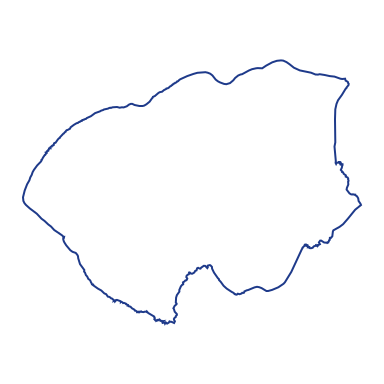 the district of Sumba Barat Daya, Nusa Tenggara Timur, Indonesia
{"feature_id": "22746128B80160169684098", "entity_name": "Sumba Barat Daya", "entity_type": "district", "adm_level": 2, "iso_a3": "IDN", "parent_name": "Indonesia", "parent_adm1": "Nusa Tenggara Timur", "projection": "albers", "projection_center": [119.172, -9.544], "detail": "fine", "context": "isolated", "style": "outline", "palette": "blue", "viewbox_px": 384, "rotation_deg": 0, "n_neighbors": 0, "source": "geoboundaries", "source_scale": "gbopen_adm2", "svg_char_len": 5934}
<svg xmlns="http://www.w3.org/2000/svg" viewBox="0 0 384 384"><path d="M345.1,78.7L342.2,79.0L340.4,78.7L334.5,76.6L329.8,76.1L324.7,75.0L319.7,74.2L318.0,74.6L315.5,74.5L311.0,72.7L299.8,70.4L293.9,67.7L289.5,64.2L286.5,62.1L283.2,60.6L281.0,60.4L276.9,60.8L272.3,62.3L266.2,65.6L262.2,68.3L257.6,68.1L256.0,68.3L252.0,69.2L248.9,70.5L242.1,74.2L240.5,74.5L238.2,75.5L235.1,78.0L233.3,80.3L230.0,83.1L226.3,84.2L224.0,83.9L220.0,82.4L217.9,81.3L215.7,79.6L212.4,75.4L210.2,73.7L207.7,72.7L205.4,72.2L197.4,72.8L193.5,73.9L187.2,76.1L180.4,79.2L179.3,79.9L178.1,81.2L177.1,81.4L176.8,82.0L175.6,82.8L175.1,82.8L174.6,83.4L173.6,83.7L173.5,84.0L172.6,84.5L172.4,85.0L171.6,85.3L171.3,85.8L169.8,86.6L168.9,87.6L167.7,88.3L166.4,88.5L166.1,89.0L163.8,90.2L162.1,91.7L159.7,92.2L158.5,92.9L154.9,96.0L152.9,96.9L152.6,97.8L152.1,98.2L149.6,101.7L146.4,104.3L144.2,105.6L142.6,106.0L139.4,106.0L134.6,105.0L132.3,103.9L130.7,103.9L129.0,104.6L126.8,106.3L123.7,107.4L121.7,107.3L119.7,107.7L117.0,107.0L112.6,107.3L111.0,107.9L110.8,107.7L109.4,107.9L108.0,108.6L103.9,109.5L103.2,110.0L101.0,110.7L99.9,111.4L95.1,113.1L90.9,116.2L86.7,118.1L86.1,118.8L84.1,119.4L83.8,119.8L82.4,120.0L81.6,120.6L81.7,120.9L80.3,121.3L79.8,121.9L78.6,122.2L77.8,123.0L76.6,123.2L73.8,124.9L70.6,127.3L70.0,128.7L69.5,128.8L69.1,129.2L67.3,130.1L66.6,130.2L65.7,131.3L65.6,131.8L64.9,132.1L63.8,133.5L63.4,133.6L60.1,137.1L59.8,137.9L59.2,138.1L57.9,139.4L55.5,142.8L54.6,142.9L54.0,143.4L53.7,145.1L52.8,145.3L52.8,145.6L51.8,146.0L51.7,146.5L51.3,146.5L50.3,147.3L50.5,148.3L49.3,148.2L49.0,148.4L49.1,149.0L48.3,149.8L48.4,150.5L47.5,150.8L47.6,151.2L46.6,151.7L46.7,152.8L45.9,152.8L46.1,153.2L45.6,154.4L45.2,154.9L44.8,154.9L43.0,157.6L41.8,159.9L41.4,160.1L41.5,160.6L40.8,161.7L37.2,165.4L33.9,169.9L32.6,172.2L31.7,174.9L30.3,177.4L29.4,180.3L27.1,184.3L24.7,190.5L23.0,197.3L23.4,201.0L24.5,203.2L26.0,205.0L29.9,208.5L36.8,213.7L41.5,218.7L44.5,220.9L48.2,224.4L51.0,226.5L54.2,230.0L61.7,235.1L62.8,236.0L63.3,237.0L64.1,236.9L63.9,237.9L63.3,237.9L63.2,239.0L63.7,241.0L64.3,242.3L66.2,245.3L70.3,250.2L72.5,251.8L75.7,252.9L77.3,254.8L78.0,256.2L78.2,258.2L80.0,264.1L84.3,270.0L84.1,271.6L85.0,272.6L85.9,275.1L87.2,276.5L88.3,278.9L89.7,279.9L90.5,281.0L91.0,282.4L91.7,283.4L91.9,284.3L92.4,284.6L93.1,284.5L93.3,284.8L93.1,285.2L97.9,288.6L101.3,290.5L104.3,293.4L106.2,294.2L107.8,296.6L109.3,296.9L110.4,297.6L111.0,298.3L112.3,298.7L112.9,299.5L113.3,299.6L114.1,300.3L113.9,300.8L114.5,300.5L114.8,300.6L115.0,301.5L115.6,300.9L115.9,300.1L116.9,299.9L120.3,301.1L120.8,301.5L120.8,301.9L121.1,301.6L122.4,302.3L123.1,303.1L124.0,302.9L125.8,303.6L126.0,304.1L126.5,304.1L127.1,304.8L127.6,305.0L127.6,305.4L128.2,305.2L128.6,306.2L130.5,306.7L132.0,308.3L134.3,309.6L134.8,310.5L135.1,310.4L136.8,311.4L137.2,313.0L137.4,312.1L137.9,311.9L138.8,312.1L138.9,311.7L139.3,311.7L139.4,312.3L139.7,312.2L139.8,311.7L141.2,311.4L141.7,311.9L143.5,312.1L144.8,311.7L146.2,311.7L146.5,311.9L146.8,311.4L148.2,313.0L154.1,316.5L154.1,317.0L154.6,317.4L154.8,318.3L154.3,319.1L155.5,320.5L156.9,320.1L156.8,320.6L157.4,320.3L157.8,320.5L159.4,319.4L159.9,319.8L160.4,320.9L161.8,320.8L162.6,321.2L163.4,321.1L162.3,322.1L162.6,322.9L164.1,322.5L164.5,323.0L164.8,323.0L165.0,323.6L165.8,322.4L167.1,323.6L168.8,322.6L169.5,321.4L170.6,321.8L171.5,321.8L174.1,323.0L174.9,321.3L174.0,319.8L173.9,319.0L174.6,317.8L175.7,317.1L175.8,316.2L176.9,314.9L176.8,314.0L174.7,311.7L173.9,309.0L173.4,308.3L174.7,305.8L176.5,304.3L176.6,303.5L175.8,302.7L176.1,297.6L176.9,295.1L179.4,291.6L179.3,290.0L180.9,286.3L182.1,284.9L183.2,284.3L183.2,283.5L182.9,282.8L183.3,282.0L184.2,281.7L185.4,280.4L186.1,280.4L186.8,279.8L187.3,278.5L186.3,277.1L186.6,275.8L187.7,274.7L188.8,274.3L189.3,273.4L189.0,272.7L189.2,272.4L189.8,272.5L191.1,273.7L192.3,273.7L194.3,272.5L195.2,270.9L196.5,270.4L197.1,268.3L198.1,267.8L199.5,268.5L200.5,268.6L201.1,267.7L203.8,265.8L205.2,265.9L207.3,268.1L207.8,267.3L207.5,266.4L207.8,265.6L209.7,265.1L210.4,265.3L211.9,266.8L212.1,268.7L214.0,272.6L217.9,278.2L218.9,279.1L219.0,280.0L220.7,281.8L223.6,285.8L226.7,288.6L231.7,291.9L233.6,292.9L234.6,294.1L235.5,294.1L235.9,294.6L236.3,294.7L237.2,294.4L237.8,293.7L239.6,294.2L241.6,293.5L242.2,292.8L243.5,292.9L244.1,292.6L244.4,291.4L246.8,290.3L248.2,290.0L254.5,287.4L257.0,286.8L259.2,287.2L261.6,288.1L266.4,291.0L268.1,291.0L272.1,289.9L278.3,287.3L283.5,283.8L284.9,282.3L291.3,271.9L301.9,249.1L302.5,248.3L302.5,247.7L304.3,246.0L304.6,245.0L305.1,244.5L305.9,244.5L306.1,245.8L306.5,245.9L307.0,246.0L307.3,245.1L307.6,245.2L307.9,246.6L308.8,246.8L308.3,247.4L309.3,247.5L309.5,248.0L310.1,248.2L311.7,248.1L312.9,247.6L313.2,247.0L313.9,246.3L315.6,245.8L315.8,245.3L317.0,246.0L317.0,245.6L317.7,245.6L317.6,245.1L318.0,245.2L319.9,244.2L318.9,242.4L320.2,240.6L321.2,240.6L324.1,242.5L326.4,242.7L327.2,242.4L327.4,242.9L328.2,242.5L328.1,242.1L328.8,241.4L329.0,240.4L329.6,240.1L329.7,239.1L330.5,238.3L329.9,238.0L329.9,237.8L331.3,237.5L332.3,236.3L332.9,231.4L333.4,230.3L339.5,226.9L343.1,224.2L347.8,218.8L355.2,209.7L361.0,205.0L360.4,203.6L358.6,201.0L358.2,198.3L357.0,196.3L355.2,195.1L355.2,194.7L354.4,194.7L353.8,194.4L353.2,194.5L352.8,194.3L352.3,194.5L351.2,194.4L349.5,193.4L346.6,189.6L346.9,187.9L348.3,184.5L348.1,181.7L348.4,181.3L348.5,180.3L348.1,179.6L348.2,178.5L347.6,177.5L345.7,176.6L345.9,175.4L343.7,173.8L343.1,172.4L342.2,172.1L342.3,171.7L340.8,169.9L341.8,167.8L342.2,165.8L342.6,164.9L342.5,164.3L341.8,164.6L340.5,164.6L339.9,163.4L340.1,163.1L340.8,162.9L340.4,162.1L339.8,162.0L338.8,162.0L338.5,162.7L337.2,162.6L336.5,163.1L336.1,163.9L335.6,162.9L335.8,161.0L334.5,146.5L335.3,142.4L335.0,119.3L335.3,109.3L336.5,103.9L338.0,100.3L341.9,94.9L345.6,88.8L346.4,88.2L346.4,87.7L348.5,85.1L348.7,83.8L348.1,83.1L348.0,82.2L347.4,81.6L345.6,80.6L345.1,78.7Z" fill="none" stroke="#1e3a8a" stroke-width="2"/></svg>